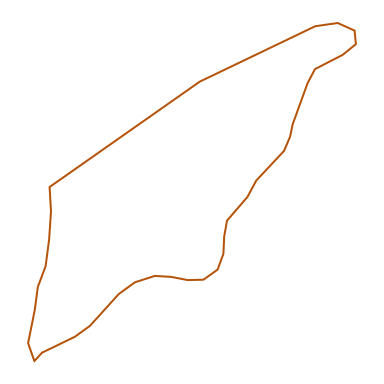 map outline of Brunei and Muara (Natural Earth projection)
{"feature_id": "BRN-1182", "entity_name": "Brunei and Muara", "entity_type": "District", "adm_level": 1, "iso_a3": "BRN", "parent_name": "Brunei", "parent_adm1": "", "projection": "natural_earth1", "projection_center": [114.909, 4.894], "detail": "fine", "context": "isolated", "style": "outline", "palette": "amber", "viewbox_px": 384, "rotation_deg": 0, "n_neighbors": 0, "source": "natural_earth", "source_scale": "10m", "svg_char_len": 539}
<svg xmlns="http://www.w3.org/2000/svg" viewBox="0 0 384 384"><path d="M247.4,197.0L227.0,220.6L224.2,236.5L223.4,253.8L217.6,269.6L203.4,279.7L187.7,280.1L171.3,276.9L154.9,275.9L134.9,282.3L118.8,294.0L90.0,325.8L74.8,336.8L42.0,352.7L34.4,361.0L34.2,360.6L28.1,343.1L34.8,309.8L37.8,287.0L45.6,266.2L49.1,239.7L51.0,211.4L49.6,187.0L199.8,81.6L315.3,26.2L337.7,23.0L354.6,30.6L355.9,44.1L342.9,54.7L315.0,69.1L307.6,83.1L292.7,124.2L290.1,136.6L284.1,150.8L256.3,180.5L247.4,197.0Z" fill="none" stroke="#b45309" stroke-width="2"/></svg>